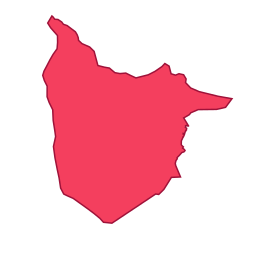 Isokan, Osun, Nigeria, rotated 100°
{"feature_id": "59680162B6205124943279", "entity_name": "Isokan", "entity_type": "district", "adm_level": 2, "iso_a3": "NGA", "parent_name": "Nigeria", "parent_adm1": "Osun", "projection": "mercator", "projection_center": [4.166, 7.3], "detail": "fine", "context": "isolated", "style": "filled", "palette": "rose", "viewbox_px": 256, "rotation_deg": 100, "n_neighbors": 0, "source": "geoboundaries", "source_scale": "gbopen_adm2", "svg_char_len": 1617}
<svg xmlns="http://www.w3.org/2000/svg" viewBox="0 0 256 256"><g transform="rotate(100 128 128)"><path d="M30.9,222.4L38.6,225.3L42.8,221.5L49.2,213.5L56.0,212.2L62.3,211.6L68.4,214.5L74.4,216.7L80.8,218.7L86.6,220.6L91.0,221.1L95.8,218.6L100.8,214.9L111.3,213.1L116.7,210.0L123.1,205.3L133.5,203.0L143.1,199.7L149.0,197.8L159.2,198.2L170.1,194.7L181.0,190.5L189.1,187.2L198.9,183.9L204.2,179.8L205.3,175.9L206.8,169.8L210.1,162.9L214.7,153.3L218.1,146.6L221.5,140.6L221.6,140.3L225.1,135.8L224.5,127.3L188.2,89.3L188.1,86.2L182.2,82.0L169.1,76.7L167.1,67.8L156.7,74.5L154.6,75.3L151.7,75.1L149.8,74.2L148.6,74.5L145.9,72.6L142.8,70.7L141.8,68.8L140.9,68.2L140.3,67.9L139.4,68.7L138.5,70.4L138.4,70.7L138.3,70.8L137.0,70.2L136.3,71.3L135.8,72.1L134.9,72.7L131.4,73.2L129.7,72.8L129.4,72.6L127.3,72.3L127.3,72.0L125.9,71.6L124.4,71.3L124.4,71.7L124.5,72.5L123.8,72.7L123.8,72.2L123.3,71.2L122.3,71.1L120.9,70.6L120.4,70.8L119.9,70.1L119.1,70.2L118.4,70.1L118.1,70.2L117.4,71.6L116.5,71.4L115.8,71.7L115.3,70.9L115.7,69.1L115.4,68.8L108.4,74.9L104.2,69.9L102.1,68.8L97.7,62.1L94.3,44.1L92.8,40.4L90.7,35.5L81.1,30.7L81.1,45.0L80.2,58.6L80.2,58.9L79.8,64.4L77.7,73.2L73.3,79.2L69.6,79.3L65.9,82.5L65.7,87.2L67.7,90.4L67.1,95.0L59.9,98.3L58.1,102.9L61.6,105.2L67.5,111.2L72.1,117.3L77.3,128.9L75.8,134.6L74.3,139.7L75.8,145.4L75.8,150.5L73.4,154.7L72.2,156.7L72.2,161.8L71.7,168.5L58.4,174.7L54.9,179.8L52.9,188.0L50.3,191.9L47.7,192.7L45.1,194.2L42.4,196.5L39.5,202.2L37.7,205.7L37.1,209.6L35.5,211.3L35.1,211.7L33.3,215.8L33.6,219.1L31.8,220.9L30.9,222.4Z" fill="#f43f5e" stroke="#9f1239" stroke-width="1.5"/></g></svg>